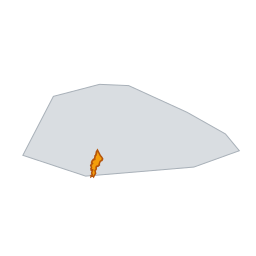 Fond Estate, Praslin, Saint Lucia (highlighted), rotated 83°
{"feature_id": "8701671B74250012316808", "entity_name": "Fond Estate", "entity_type": "district", "adm_level": 2, "iso_a3": "LCA", "parent_name": "Saint Lucia", "parent_adm1": "Praslin", "projection": "robinson", "projection_center": [-60.918, 13.843], "detail": "fine", "context": "in_parent", "style": "filled", "palette": "amber", "viewbox_px": 256, "rotation_deg": 83, "n_neighbors": 0, "source": "geoboundaries", "source_scale": "gbopen_adm2", "svg_char_len": 2937}
<svg xmlns="http://www.w3.org/2000/svg" viewBox="0 0 256 256"><g transform="rotate(83 128 128)"><path d="M170.6,175.9L142.3,235.7L87.5,198.2L81.2,150.9L86.0,122.2L119.6,67.5L145.8,32.0L164.1,20.3L174.8,67.4L170.6,175.9Z" fill="#d9dde1" stroke="#a8b0b8" stroke-width="1"/><path d="M165.3,169.8L165.4,169.6L165.3,169.4L165.2,169.3L165.2,169.2L165.1,168.9L164.9,168.6L164.8,168.3L164.7,168.3L165.1,168.1L165.8,168.3L166.4,168.8L168.2,169.6L169.2,169.4L169.5,169.4L169.9,169.4L169.9,169.2L170.0,169.2L170.1,169.3L170.4,169.4L170.4,169.5L170.6,169.7L170.7,169.8L170.7,170.0L170.8,169.9L171.0,169.8L171.2,169.7L171.2,169.8L171.3,169.9L171.3,170.0L171.3,170.3L171.4,170.5L171.5,170.5L171.8,170.6L171.7,170.4L171.6,170.2L171.5,169.9L171.5,169.7L171.5,169.4L171.5,169.2L171.6,168.9L171.8,168.6L171.9,168.3L172.1,168.2L172.3,168.1L171.1,167.3L170.4,166.9L169.2,165.7L166.1,165.9L165.9,165.7L165.8,165.4L165.7,165.2L165.5,164.9L165.4,164.9L165.1,164.7L164.9,164.6L164.7,164.5L164.4,164.6L164.2,164.5L163.9,164.4L163.7,164.3L163.5,164.5L163.3,164.5L163.1,164.4L162.9,164.4L162.7,164.3L162.4,163.9L162.1,163.6L162.0,163.4L162.0,163.0L162.0,162.9L162.3,162.8L162.3,162.7L162.2,162.3L162.1,162.1L161.9,162.0L161.8,161.9L161.7,161.7L161.6,161.4L161.5,161.2L161.4,161.1L161.2,160.9L161.0,161.0L160.8,161.1L160.6,161.2L160.4,161.1L160.2,161.0L160.1,160.9L159.8,160.8L159.5,160.7L159.4,160.6L159.2,160.4L158.9,160.3L158.8,160.2L158.7,160.2L158.2,159.9L157.9,159.8L157.7,159.6L157.6,159.4L157.5,159.2L157.4,158.9L157.2,158.6L157.2,158.2L157.1,157.9L157.0,157.7L156.9,157.7L156.7,157.7L156.4,157.7L156.2,157.6L156.0,157.3L155.9,157.1L155.7,157.0L155.6,156.9L155.4,157.0L155.0,157.2L154.8,157.3L154.7,157.3L154.3,157.4L154.2,157.4L151.8,158.9L146.1,161.0L147.8,162.3L148.0,162.4L148.2,162.2L148.3,162.1L148.5,162.2L148.8,162.2L148.9,162.3L148.9,162.5L149.0,162.6L149.3,162.5L149.5,162.5L149.8,162.7L150.0,162.8L150.3,162.9L150.3,163.0L150.6,162.9L150.9,163.0L151.0,163.1L150.9,163.3L151.0,163.4L151.1,163.5L151.3,163.6L151.5,163.8L151.5,164.0L151.8,164.0L152.0,164.1L152.3,164.1L152.3,164.3L152.5,164.4L152.8,164.4L153.0,164.4L153.2,164.5L153.3,164.6L153.5,164.6L153.8,164.7L154.0,164.7L154.2,164.8L154.3,164.8L154.2,164.9L154.2,165.0L154.3,165.1L154.5,165.0L154.8,165.8L154.9,165.7L155.0,165.7L155.3,165.7L155.3,165.8L155.3,166.0L155.5,166.3L155.6,166.5L155.8,166.7L155.9,166.8L155.8,167.0L156.0,167.1L156.2,167.3L156.2,167.5L156.3,167.5L156.5,167.6L156.8,167.7L156.9,167.8L157.0,167.9L157.2,168.0L157.3,168.3L157.6,168.4L157.8,168.3L157.9,168.2L158.0,168.1L158.3,167.9L158.5,167.7L158.8,167.6L158.8,167.8L158.7,167.8L158.7,168.0L158.8,168.1L159.3,168.2L159.5,168.3L159.4,168.4L159.4,168.6L159.4,168.8L159.5,168.9L159.8,169.0L160.0,169.1L160.3,169.1L160.3,169.3L160.6,169.6L162.7,169.0L163.7,169.7L163.8,169.6L164.0,169.5L164.3,169.6L164.5,169.7L164.8,169.6L165.1,169.8L165.3,169.8L165.3,169.8Z" fill="#f59e0b" stroke="#b45309" stroke-width="1.5"/></g></svg>